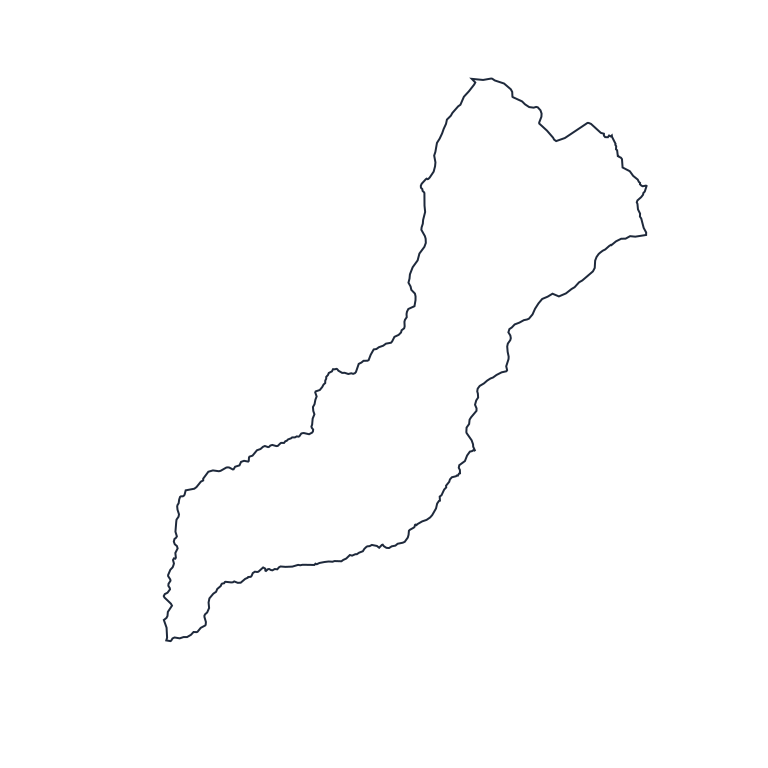 Manaure Balcón Del Cesar, Cesar, Colombia (Mercator projection), rotated 308°
{"feature_id": "7082276B80880832321074", "entity_name": "Manaure Balcón Del Cesar", "entity_type": "district", "adm_level": 2, "iso_a3": "COL", "parent_name": "Colombia", "parent_adm1": "Cesar", "projection": "mercator", "projection_center": [-73.004, 10.394], "detail": "fine", "context": "isolated", "style": "outline", "palette": "slate", "viewbox_px": 768, "rotation_deg": 308, "n_neighbors": 0, "source": "geoboundaries", "source_scale": "gbopen_adm2", "svg_char_len": 6125}
<svg xmlns="http://www.w3.org/2000/svg" viewBox="0 0 768 768"><g transform="rotate(308 384 384)"><path d="M47.9,370.3L49.9,374.0L50.7,374.3L53.3,374.0L55.3,375.0L57.8,379.6L61.1,381.8L63.3,384.6L67.5,386.3L71.3,386.6L73.1,389.1L73.9,389.6L79.0,389.7L83.7,391.8L84.5,391.7L86.8,390.2L89.9,385.9L90.9,385.1L92.4,384.8L95.1,385.3L99.8,384.1L103.8,380.3L107.6,378.4L113.7,378.6L116.9,379.6L119.8,378.8L124.3,379.7L126.1,379.2L127.0,379.3L128.6,380.7L129.9,380.5L130.5,380.8L133.6,385.8L134.7,387.0L136.2,387.5L137.3,391.2L139.2,393.4L145.0,394.6L147.4,395.9L148.3,395.8L150.0,397.7L151.4,397.8L154.2,397.0L156.6,397.8L157.8,399.8L158.8,400.6L165.0,401.7L165.4,404.1L163.9,405.4L164.0,406.1L166.7,406.6L167.5,407.4L167.8,409.5L168.5,410.8L170.9,411.8L172.3,414.0L174.9,414.1L176.5,414.8L179.2,418.9L183.7,424.2L188.6,427.7L189.6,429.6L191.4,431.1L198.6,440.6L200.2,440.6L200.6,442.0L203.2,443.3L207.1,446.7L210.0,449.6L212.3,452.9L214.0,454.0L218.1,459.6L220.3,460.2L223.2,461.7L228.2,462.4L229.1,464.5L232.2,466.2L233.2,467.4L235.7,468.2L239.2,470.3L242.0,470.0L244.8,470.4L245.8,470.8L247.4,472.5L249.7,473.5L252.0,478.1L252.0,481.0L255.9,481.4L256.6,481.9L256.1,483.6L256.3,486.2L256.6,487.2L257.9,489.0L260.8,490.0L263.7,492.5L266.5,493.1L270.5,496.5L272.4,497.5L277.6,497.3L280.3,496.2L283.7,494.0L284.9,494.1L289.2,495.9L290.4,496.0L291.9,495.2L292.5,495.3L292.8,496.5L293.9,496.5L299.3,498.7L303.1,501.2L307.2,502.5L310.3,502.7L318.0,501.6L322.5,499.5L325.6,499.3L326.5,499.9L329.6,497.2L331.7,497.8L337.9,496.4L340.8,496.7L342.1,495.5L347.1,495.6L349.4,494.7L352.3,494.9L355.6,497.5L356.9,497.8L357.2,498.6L359.6,498.3L360.4,498.9L363.0,496.7L364.0,494.5L366.4,493.3L373.1,495.2L378.8,493.5L383.6,493.3L385.3,494.7L386.8,495.1L387.1,496.2L387.7,496.4L389.5,492.9L391.3,491.3L393.6,487.7L396.2,479.3L396.8,478.5L400.5,475.9L404.9,475.7L408.6,473.4L411.4,473.1L419.8,473.4L421.8,471.9L423.7,468.5L427.8,466.8L431.3,466.5L434.2,463.9L435.6,462.0L438.0,460.7L441.4,460.6L446.0,462.4L450.2,463.2L453.9,464.5L456.2,465.9L460.4,467.1L465.6,469.5L469.4,472.6L470.7,472.5L473.2,469.4L480.3,466.8L482.3,465.4L485.5,461.6L489.4,458.0L492.1,456.7L496.3,456.5L498.2,455.7L500.0,453.7L501.3,450.2L504.5,449.0L507.2,449.9L511.4,450.3L515.7,452.9L520.4,454.9L522.9,457.0L524.7,458.0L530.3,458.2L536.3,456.7L542.7,456.1L548.4,456.3L553.6,459.2L558.9,461.2L560.7,467.9L567.4,471.6L574.3,473.3L577.6,474.6L584.2,475.1L587.6,476.5L601.4,479.3L605.2,478.6L611.3,474.4L614.9,473.3L618.6,473.1L620.7,473.5L623.7,474.3L626.2,475.5L631.5,476.5L633.4,477.2L633.4,477.7L639.3,479.0L644.5,481.5L647.3,484.9L652.0,486.9L654.8,491.3L662.8,498.8L664.8,497.3L666.9,492.5L672.8,484.8L673.5,482.6L675.9,480.9L678.0,476.6L682.0,472.8L682.8,471.3L684.7,470.7L689.6,471.6L692.7,471.6L694.1,470.8L696.2,471.0L701.7,469.0L701.6,468.3L699.1,466.1L698.8,464.7L699.0,462.7L700.1,462.0L700.2,460.3L701.3,458.1L701.4,452.2L703.0,446.7L701.5,438.7L707.7,433.1L708.2,431.4L707.7,429.1L708.0,428.3L707.6,427.9L711.7,423.8L711.8,422.3L714.3,420.6L714.9,419.0L715.8,418.6L719.1,411.6L720.1,410.5L718.7,410.3L718.4,408.4L716.3,408.5L714.7,406.3L715.1,404.4L716.6,403.2L715.4,400.3L716.4,387.0L715.7,384.5L715.0,383.6L689.2,375.1L681.4,370.1L681.3,367.6L682.2,365.6L684.0,356.4L684.8,346.0L685.6,345.3L691.5,343.5L694.1,341.7L696.0,338.8L696.7,334.8L696.0,333.3L693.9,331.8L691.6,327.9L691.2,322.9L691.7,318.8L689.4,309.1L689.4,308.4L693.1,305.2L694.3,302.5L694.7,293.6L691.4,284.4L691.2,281.4L690.7,280.4L684.6,274.9L678.5,265.3L677.8,270.3L675.5,270.7L666.9,270.7L659.6,270.1L651.1,272.3L648.5,271.5L639.7,271.0L636.6,271.5L631.1,270.8L627.2,272.7L621.7,274.0L617.3,275.5L611.6,276.8L606.6,277.3L598.5,281.6L594.9,282.9L590.3,288.1L587.0,290.2L581.9,292.4L574.9,292.9L572.9,292.7L572.2,292.2L572.1,291.2L571.2,290.9L565.0,290.4L562.8,291.0L561.4,292.3L561.2,294.1L559.9,295.6L559.7,297.7L559.2,298.4L549.5,306.1L544.9,310.5L537.4,313.8L534.2,315.9L530.6,317.2L528.5,318.5L525.7,325.2L524.1,327.4L520.9,330.1L516.9,331.4L508.6,331.6L502.1,334.4L493.7,334.7L486.4,336.9L482.8,339.2L478.9,340.9L477.2,344.9L475.0,347.6L474.3,352.7L472.5,354.9L469.5,357.2L464.1,360.1L458.1,357.0L455.1,357.6L453.0,358.7L450.6,360.8L447.5,361.0L445.6,361.8L442.1,364.8L440.3,365.6L437.2,364.8L435.1,365.7L431.7,365.3L427.6,363.2L422.5,364.2L420.8,364.1L417.0,360.7L413.7,359.8L409.8,357.3L406.9,356.5L404.9,354.6L398.9,355.5L393.3,357.2L392.1,356.6L389.7,353.6L387.0,353.0L384.3,351.7L376.2,354.5L374.6,354.4L373.0,353.4L372.3,351.6L369.9,349.7L368.6,346.1L367.0,344.2L366.4,339.9L366.9,338.0L366.6,337.1L365.3,336.2L364.3,334.7L361.9,335.2L358.7,333.7L356.6,334.3L354.0,334.1L352.6,335.2L350.6,335.6L348.5,337.1L346.4,336.7L343.5,337.2L339.7,337.1L336.1,334.7L335.0,335.0L332.7,338.6L329.4,339.6L325.3,341.7L322.1,342.2L319.2,344.9L317.3,347.8L312.8,349.1L307.7,352.4L305.8,353.0L305.0,354.1L304.5,356.2L302.9,357.2L301.5,357.3L298.3,355.9L296.0,351.0L294.8,349.8L293.9,349.3L290.7,349.5L289.9,349.1L289.0,347.5L287.1,346.7L285.4,344.5L284.0,344.2L281.2,342.5L279.3,342.3L278.2,341.5L276.0,341.5L274.3,339.2L273.5,338.9L269.8,338.4L268.8,337.4L267.2,333.5L265.5,332.3L263.9,332.2L262.9,331.5L261.8,328.3L260.0,327.3L256.7,326.7L253.6,324.7L246.6,324.5L243.9,322.7L242.9,322.9L240.1,324.8L239.2,324.7L237.3,321.0L234.6,319.3L230.9,320.2L227.1,317.6L224.2,318.0L223.6,317.5L222.9,313.5L222.2,312.3L221.1,311.2L215.0,308.7L213.6,307.6L210.6,302.4L206.7,299.6L198.1,299.8L196.7,300.9L194.3,299.8L187.3,299.7L184.7,299.0L178.1,293.2L174.0,295.0L173.0,295.1L171.6,294.6L170.4,293.1L169.5,292.8L166.9,293.7L163.6,295.6L161.5,295.8L160.2,296.4L157.8,298.7L155.1,302.7L152.9,303.8L149.4,304.0L147.4,305.2L139.2,310.6L136.4,314.6L134.8,314.8L132.9,314.3L130.4,315.4L128.9,317.8L128.8,320.6L127.4,322.6L122.4,323.6L119.0,326.9L117.9,327.1L117.3,325.8L115.4,326.1L113.2,329.0L111.4,329.7L109.4,330.3L106.1,330.0L100.5,331.5L99.7,332.2L98.4,335.9L97.5,336.9L93.9,337.2L92.2,338.3L91.3,340.8L90.4,341.8L86.2,341.9L83.5,340.6L81.3,341.0L80.6,342.4L79.7,351.3L78.8,353.4L71.3,354.0L67.9,356.2L65.7,356.6L62.5,355.8L58.1,362.7L50.5,369.3L47.9,370.3Z" fill="none" stroke="#1e293b" stroke-width="2"/></g></svg>